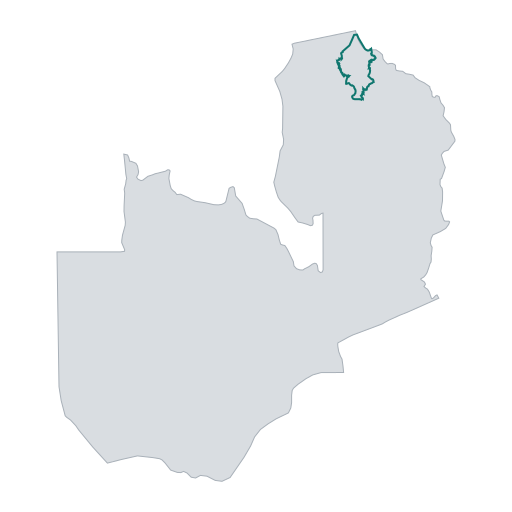 Mpulungu, Northern, Zambia (highlighted)
{"feature_id": "96606910B10449137451116", "entity_name": "Mpulungu", "entity_type": "district", "adm_level": 2, "iso_a3": "ZMB", "parent_name": "Zambia", "parent_adm1": "Northern", "projection": "equal_earth", "projection_center": [30.995, -8.984], "detail": "fine", "context": "in_parent", "style": "outline", "palette": "teal", "viewbox_px": 512, "rotation_deg": 0, "n_neighbors": 0, "source": "geoboundaries", "source_scale": "gbopen_adm2", "svg_char_len": 8414}
<svg xmlns="http://www.w3.org/2000/svg" viewBox="0 0 512 512"><path d="M343.6,372.5L321.0,372.6L312.8,374.9L306.1,378.6L298.1,384.2L293.5,388.2L292.2,390.4L291.6,395.2L291.6,402.6L290.8,408.0L288.4,412.9L276.2,418.8L268.3,423.7L260.5,429.4L254.6,436.9L250.6,446.0L244.0,457.3L230.1,477.5L222.0,481.3L215.2,480.4L207.0,476.2L200.4,475.4L195.6,478.0L191.2,477.2L187.0,473.0L183.6,471.4L180.8,472.6L177.3,472.4L170.7,470.1L165.0,462.9L162.0,459.9L159.6,458.7L152.9,457.6L137.4,455.9L121.4,459.5L107.4,463.1L92.8,447.1L78.8,430.1L75.8,425.7L70.5,420.0L66.7,417.3L65.2,415.8L61.2,400.7L59.0,386.7L57.0,251.9L120.4,251.9L124.5,251.3L124.7,249.8L121.7,242.6L121.8,240.0L122.5,235.1L125.2,225.3L125.4,222.1L124.0,211.4L124.1,205.4L124.7,193.3L124.2,189.2L125.7,183.8L126.1,180.2L126.7,178.7L125.9,174.5L124.5,160.2L123.8,154.1L127.6,155.0L128.9,158.0L129.6,161.2L131.4,161.4L135.9,163.3L137.5,166.0L138.6,171.8L138.0,174.7L136.5,177.1L138.0,179.2L141.0,180.6L142.8,180.2L147.9,176.3L152.6,174.8L155.0,173.8L165.5,171.2L167.6,169.8L169.0,169.8L170.1,170.9L169.2,175.0L168.9,178.6L170.2,185.5L171.2,188.7L173.4,191.0L175.0,192.2L176.8,194.6L180.5,194.2L188.5,197.7L191.0,199.3L194.4,200.9L196.8,201.5L205.1,202.7L213.9,204.7L218.4,204.9L221.6,204.4L223.9,203.4L225.3,202.3L225.9,201.3L229.1,188.3L230.8,187.3L233.0,186.6L234.3,187.8L235.7,196.0L242.1,203.4L244.3,209.6L245.9,214.9L247.3,216.4L249.7,218.2L253.5,218.8L256.9,219.0L274.0,228.1L275.9,229.7L278.0,234.6L279.3,240.0L280.7,244.3L282.9,245.1L284.8,245.5L286.8,248.4L288.2,251.0L293.3,261.6L294.0,265.9L296.5,268.7L299.8,269.9L302.9,270.0L304.6,268.8L309.0,266.6L312.4,264.1L314.8,263.2L316.3,263.7L317.4,265.5L318.2,270.8L320.6,272.6L322.4,271.9L323.1,269.8L323.1,268.7L323.0,213.1L321.4,213.5L319.4,215.1L314.9,215.3L313.2,216.4L312.6,218.2L313.0,220.5L313.1,223.7L312.4,225.2L310.5,225.7L307.6,224.5L302.4,222.9L298.1,222.0L295.0,217.8L290.7,211.5L288.0,208.3L281.3,201.7L280.2,200.4L278.2,197.3L276.4,192.1L274.7,186.1L273.8,182.2L275.4,176.3L279.3,157.0L280.1,150.9L283.3,144.8L283.6,139.3L282.2,132.3L282.6,128.4L282.9,106.2L282.0,99.2L279.8,91.4L275.0,80.6L275.0,78.3L282.4,71.3L284.6,68.6L288.4,62.9L291.0,58.1L292.7,54.1L293.2,49.0L292.0,44.2L294.5,43.2L355.5,30.7L356.4,34.1L358.2,39.6L360.3,43.6L362.9,47.2L365.2,49.4L366.7,50.0L376.0,49.8L379.4,52.0L382.4,54.7L383.1,59.0L385.0,61.6L387.1,63.7L388.0,64.0L389.5,63.5L392.1,63.4L394.4,64.3L395.5,65.3L395.6,68.8L396.3,70.4L399.5,71.0L402.7,71.3L405.8,73.7L409.2,74.2L413.1,75.1L415.0,77.7L419.1,80.4L424.2,82.8L429.8,86.7L429.9,87.9L430.8,90.3L431.8,91.9L431.9,94.4L432.3,96.6L433.8,97.2L435.0,97.4L436.1,95.7L437.6,95.8L439.2,96.8L439.8,99.4L441.0,102.9L443.1,105.4L444.5,107.7L444.0,111.9L443.1,115.8L445.9,119.6L449.5,123.2L450.5,124.8L450.8,130.2L451.3,132.0L453.8,136.5L455.0,139.5L454.9,141.2L448.2,150.1L444.1,151.4L442.4,153.2L441.3,155.1L443.9,163.9L445.3,167.3L444.1,171.5L441.5,178.6L440.2,179.2L440.0,184.6L440.8,186.6L442.1,188.1L442.6,191.8L442.5,200.8L440.8,211.1L443.8,220.1L444.8,221.1L448.9,221.2L449.6,221.9L448.6,224.5L445.7,228.4L440.5,231.5L432.9,234.9L431.3,238.1L430.3,242.8L431.1,245.6L432.1,247.2L431.8,251.3L431.1,255.7L431.3,259.1L431.0,262.1L430.0,263.6L428.6,268.2L427.0,272.7L425.7,274.8L423.8,277.0L420.8,278.8L420.9,279.7L424.3,281.9L425.1,283.3L425.4,284.3L424.0,286.6L425.6,288.0L427.5,289.2L429.3,292.2L431.3,298.0L431.7,298.6L432.3,298.6L433.4,298.0L435.5,295.7L437.0,294.9L438.8,298.2L407.2,312.3L399.8,315.2L388.8,320.2L385.2,322.1L382.3,323.9L353.0,334.9L348.4,337.1L338.0,342.8L337.7,343.7L337.8,346.2L338.7,351.5L340.5,356.4L342.0,359.1L343.0,366.2L343.6,372.5Z" fill="#d9dde1" stroke="#a8b0b8" stroke-width="1"/><path d="M362.9,98.6L362.9,98.4L362.8,98.2L362.7,98.0L362.0,97.5L361.9,97.2L361.7,97.0L361.6,96.7L361.4,96.6L361.4,96.3L361.2,96.0L361.3,95.8L361.2,95.7L361.4,95.6L361.5,95.5L361.7,95.4L361.6,95.1L361.8,95.0L362.1,94.8L362.1,94.3L362.2,94.1L362.2,93.8L362.4,93.8L362.6,93.6L363.1,93.8L363.0,93.6L363.0,93.4L362.9,93.1L363.0,93.1L363.2,92.7L363.3,92.6L363.2,92.5L363.3,92.5L363.2,92.2L363.3,92.2L363.5,92.2L363.4,91.9L363.5,91.5L363.4,91.3L363.6,91.1L363.5,90.6L363.6,90.4L363.5,90.2L363.4,89.9L363.2,89.6L363.2,89.3L363.6,89.4L363.7,89.2L363.6,88.8L364.0,89.2L364.5,89.3L364.7,89.5L364.8,89.4L365.3,89.3L365.5,89.4L365.8,89.8L365.9,89.7L366.2,89.8L366.7,89.7L366.8,89.3L366.9,88.7L366.9,88.4L367.0,88.1L367.0,87.7L367.3,86.8L367.8,86.3L368.1,86.3L368.5,86.3L369.0,84.9L368.5,84.9L369.1,84.6L369.5,84.2L370.4,83.9L370.6,83.6L371.2,83.4L371.6,83.3L371.7,83.2L371.9,83.2L372.2,83.0L372.5,82.8L372.6,82.5L372.9,82.3L373.0,82.1L373.3,81.9L373.6,81.9L373.5,81.5L373.5,81.2L373.4,81.1L373.4,80.6L373.3,80.4L373.2,80.0L373.0,79.6L372.5,79.2L372.2,79.3L371.9,79.2L371.8,79.3L371.7,79.3L368.3,76.1L368.6,75.0L368.9,74.7L369.1,74.1L369.4,73.8L369.7,73.0L369.7,72.7L369.9,72.3L369.9,71.8L370.0,71.5L370.0,71.2L370.1,70.7L370.0,70.0L369.8,69.7L369.7,69.4L369.8,69.2L369.8,68.8L369.9,68.7L370.0,68.1L369.6,67.7L369.4,67.7L369.0,67.9L369.1,67.6L369.0,67.1L368.7,66.2L368.7,65.3L368.8,64.9L369.0,65.0L369.3,65.3L369.5,65.2L369.4,64.5L369.6,64.3L369.5,63.9L369.5,63.5L369.5,63.4L369.4,62.5L369.2,62.2L369.1,61.4L369.2,61.2L369.5,61.0L369.7,61.7L369.8,61.9L369.8,62.1L370.1,62.3L371.1,62.2L371.3,61.8L371.6,61.7L371.5,61.4L371.5,60.9L371.3,60.8L371.2,60.6L371.1,60.1L371.1,59.9L371.5,59.7L371.7,59.8L371.9,59.7L372.3,59.9L372.8,59.9L373.0,60.0L373.3,60.0L373.5,59.8L373.9,59.9L374.5,59.4L374.4,59.2L374.5,59.0L374.8,58.9L375.5,58.2L375.4,58.0L375.5,57.6L375.4,57.5L375.3,57.4L375.1,56.9L374.9,56.8L374.8,56.6L374.6,56.7L374.4,56.5L374.3,56.1L374.2,56.1L373.9,55.7L373.5,55.8L373.2,55.7L372.9,55.4L372.5,55.4L372.3,55.2L372.1,55.0L372.0,54.8L371.7,54.9L371.6,55.0L371.5,54.9L371.1,53.7L371.4,53.3L371.7,53.1L371.8,52.8L371.7,51.4L371.5,50.5L371.2,48.8L370.7,49.3L370.5,49.1L370.3,49.2L370.3,49.3L370.2,49.6L369.8,50.1L368.7,50.5L367.6,50.5L367.4,50.5L365.8,49.6L365.1,49.0L364.6,48.4L364.1,47.5L363.9,47.2L358.6,38.3L357.0,34.6L354.1,34.9L352.0,39.8L349.5,45.4L342.7,51.3L342.8,51.7L342.7,52.2L341.6,52.6L341.2,53.0L341.1,53.5L341.8,55.7L341.8,56.1L341.8,57.3L341.8,57.7L341.8,57.9L342.1,58.2L342.1,58.4L341.9,58.7L341.8,58.1L341.2,58.1L341.0,58.3L341.0,58.5L340.9,58.6L340.7,58.5L340.7,58.4L340.5,58.5L340.1,59.0L339.9,59.0L340.0,58.9L339.8,58.8L339.7,58.9L339.8,59.0L339.7,59.2L339.6,59.3L339.5,59.2L339.5,59.4L339.4,59.3L339.3,59.5L339.0,59.4L338.5,59.7L338.3,60.1L337.9,60.4L337.6,60.7L337.2,60.9L337.4,61.7L337.5,61.8L337.5,62.0L337.3,61.8L337.4,62.3L337.3,62.5L337.6,63.0L337.7,63.3L337.8,63.4L338.0,63.3L338.3,63.2L338.7,63.0L339.0,63.1L339.1,63.6L339.3,63.8L338.9,64.5L338.5,64.4L338.2,64.5L338.3,64.7L338.5,64.6L338.5,64.9L338.7,65.0L338.9,65.4L339.1,65.5L339.3,65.5L339.6,65.9L339.5,66.1L339.2,65.9L339.0,66.0L338.9,66.1L338.9,66.3L339.1,66.3L339.3,66.6L339.6,66.9L339.7,67.2L339.5,67.3L339.4,67.4L339.3,67.6L339.0,67.6L338.7,68.0L338.9,68.2L339.3,68.2L339.7,67.8L339.8,68.2L340.2,68.6L339.9,68.7L339.9,69.1L340.0,69.2L340.0,69.3L340.6,69.1L340.7,69.3L340.8,69.7L340.9,69.9L340.9,70.3L340.9,70.5L340.8,70.4L340.7,70.1L340.6,70.4L340.7,70.9L341.0,71.0L341.1,71.5L341.1,71.9L341.1,72.2L341.2,72.4L341.6,72.8L341.9,72.6L342.1,72.7L342.2,72.9L342.3,72.9L342.4,73.5L342.5,73.8L342.6,74.4L342.5,74.5L343.2,75.4L343.2,74.9L343.3,74.7L343.6,74.6L343.6,74.4L344.0,74.4L343.9,74.8L343.9,75.1L344.1,75.2L344.4,75.5L344.5,75.2L345.2,75.1L345.4,75.3L345.8,75.3L346.0,75.4L346.5,75.5L346.6,75.8L346.9,75.7L347.0,75.7L347.3,75.7L347.5,75.6L347.8,75.5L348.1,75.6L348.3,75.5L348.4,75.8L348.5,75.9L348.7,76.0L348.7,75.9L348.9,75.9L348.9,76.0L349.0,76.0L348.9,76.1L348.9,76.3L348.6,76.5L348.3,76.8L348.2,76.8L347.9,77.2L347.7,77.2L347.6,77.4L347.3,77.5L346.8,78.8L346.7,79.4L346.3,80.3L346.4,80.5L346.3,80.8L346.1,81.9L346.2,83.0L346.0,84.1L346.0,84.5L346.4,83.7L346.5,83.6L347.3,83.6L348.3,83.1L348.7,83.1L349.1,83.2L349.3,83.5L349.6,84.0L349.9,84.4L350.4,84.7L350.5,84.9L351.6,85.6L351.9,85.6L352.2,85.4L352.4,85.6L353.0,85.8L353.6,86.3L354.1,87.1L354.5,88.5L355.1,89.2L355.1,89.5L355.3,89.6L355.5,90.3L355.6,91.3L355.5,92.0L355.4,92.7L355.4,93.1L354.6,94.2L354.4,94.6L354.3,94.8L353.7,95.3L353.0,95.5L352.6,95.7L352.3,96.1L352.2,96.3L352.1,96.9L352.8,98.4L353.1,98.7L353.8,99.0L354.8,99.2L355.6,99.2L356.1,99.2L357.6,99.2L358.3,99.2L358.7,99.2L359.1,99.1L359.6,99.3L360.2,99.2L361.5,99.8L361.9,99.5L362.8,98.5L362.9,98.6Z" fill="none" stroke="#0f766e" stroke-width="2"/></svg>